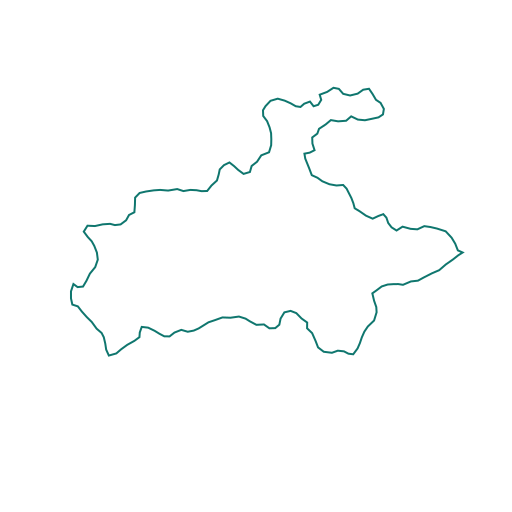 Itabirinha, Minas Gerais, Brazil, rotated 63°
{"feature_id": "56859067B37396516531854", "entity_name": "Itabirinha", "entity_type": "district", "adm_level": 2, "iso_a3": "BRA", "parent_name": "Brazil", "parent_adm1": "Minas Gerais", "projection": "orthographic", "projection_center": [-41.25, -18.552], "detail": "fine", "context": "isolated", "style": "outline", "palette": "teal", "viewbox_px": 512, "rotation_deg": 63, "n_neighbors": 0, "source": "geoboundaries", "source_scale": "gbopen_adm2", "svg_char_len": 2709}
<svg xmlns="http://www.w3.org/2000/svg" viewBox="0 0 512 512"><g transform="rotate(63 256 256)"><path d="M141.2,126.0L146.5,127.0L149.5,131.9L148.7,136.7L142.9,137.8L142.2,143.9L143.4,148.7L140.6,152.6L135.7,155.8L130.6,159.9L125.7,165.2L124.3,172.6L126.8,179.5L129.3,183.6L134.5,186.0L140.9,184.9L147.5,185.5L153.4,186.8L159.0,189.4L164.2,192.2L169.5,197.3L168.7,205.6L172.5,212.3L173.8,219.0L178.4,223.3L177.2,229.8L171.2,232.8L166.0,234.7L160.6,237.2L160.5,243.3L162.4,249.0L166.4,252.2L171.0,256.5L173.0,263.7L175.9,270.0L173.5,275.1L170.4,279.1L167.3,284.5L165.2,291.2L160.6,295.8L157.8,304.6L153.6,311.4L151.1,317.3L148.6,324.7L147.0,331.1L149.1,337.2L155.7,340.8L161.8,344.5L161.8,350.5L165.2,355.5L166.4,362.3L164.4,367.7L161.1,371.4L158.2,378.2L156.2,385.9L152.5,392.4L156.1,398.4L162.6,397.3L168.3,395.7L173.5,395.5L180.7,396.2L187.4,398.6L192.9,404.3L196.3,412.0L201.1,418.3L204.7,424.0L202.7,429.1L198.1,431.4L203.5,436.9L209.8,440.1L215.9,441.7L220.0,437.6L226.4,436.4L233.6,434.5L240.2,432.3L248.4,431.0L254.5,428.5L259.3,428.5L265.7,430.1L271.4,432.0L277.9,432.3L279.4,424.7L277.9,418.5L276.7,411.0L276.4,403.0L275.4,396.7L271.4,394.3L267.3,390.0L270.9,384.6L276.6,380.3L281.5,377.3L285.9,374.2L288.4,369.5L287.2,363.4L287.9,356.1L292.5,351.2L294.2,345.3L294.5,340.0L294.0,334.1L293.5,328.4L294.5,321.7L295.5,313.8L299.4,306.8L302.2,298.7L307.1,293.7L311.3,291.2L317.5,286.9L320.6,280.0L326.5,276.9L329.0,271.6L327.8,266.4L322.9,262.5L319.1,256.3L320.6,250.1L325.2,246.0L332.3,243.8L338.5,240.6L343.6,243.3L350.2,241.0L358.9,241.5L365.6,242.2L372.1,239.1L376.7,232.3L377.5,226.1L380.9,220.9L385.0,218.0L387.7,214.0L384.5,207.5L380.8,203.0L376.5,198.6L372.6,193.8L369.6,188.4L367.1,180.1L360.9,174.1L356.1,172.0L349.5,171.1L342.1,169.3L341.3,164.0L340.2,157.8L341.2,151.6L343.3,146.7L345.6,142.0L348.4,138.1L349.0,129.5L351.5,122.9L351.3,116.2L351.3,107.1L351.8,99.2L349.7,90.6L348.5,82.0L347.2,75.5L346.7,70.3L342.6,73.6L335.5,72.9L328.5,73.4L320.1,75.8L313.7,82.3L309.4,87.4L305.8,92.5L305.5,100.1L302.0,105.9L296.4,112.1L297.1,119.2L292.0,122.2L286.6,123.2L281.0,122.4L276.5,123.6L275.9,128.9L275.7,135.1L270.0,139.7L263.1,143.4L258.3,146.4L253.2,145.3L247.6,144.7L242.2,144.7L237.1,144.7L232.3,146.1L229.7,152.3L225.4,158.0L219.5,163.0L214.2,165.7L209.3,169.6L201.9,168.8L191.6,167.9L186.8,166.4L188.3,161.2L188.3,155.8L181.5,154.7L175.9,152.1L174.8,145.8L171.3,142.1L170.4,134.1L168.9,127.6L173.3,121.7L176.4,114.3L174.8,107.8L180.7,103.3L184.5,97.3L186.3,90.7L188.1,83.9L187.5,78.6L183.0,75.3L176.1,75.5L171.3,78.2L164.6,78.6L158.3,79.4L156.5,85.0L157.5,91.7L155.7,99.3L151.1,104.7L144.7,106.3L141.3,110.6L142.1,118.1L141.2,126.0Z" fill="none" stroke="#0f766e" stroke-width="2"/></g></svg>